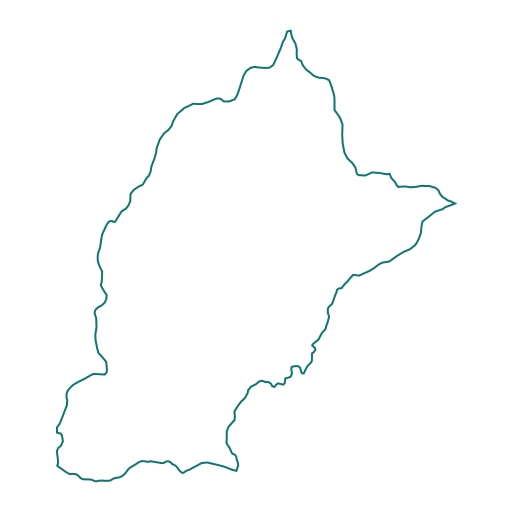 Udzorong, Tashigang, Bhutan (Equal Earth projection)
{"feature_id": "84629894B96484165118210", "entity_name": "Udzorong", "entity_type": "district", "adm_level": 2, "iso_a3": "BTN", "parent_name": "Bhutan", "parent_adm1": "Tashigang", "projection": "equal_earth", "projection_center": [91.44, 27.228], "detail": "fine", "context": "isolated", "style": "outline", "palette": "teal", "viewbox_px": 512, "rotation_deg": 0, "n_neighbors": 0, "source": "geoboundaries", "source_scale": "gbopen_adm2", "svg_char_len": 5081}
<svg xmlns="http://www.w3.org/2000/svg" viewBox="0 0 512 512"><path d="M101.7,281.9L100.8,285.2L102.5,288.4L104.8,292.4L106.7,295.0L106.3,299.0L104.6,302.8L101.7,305.4L98.4,307.1L96.1,309.1L95.0,310.7L94.6,313.3L96.2,318.3L96.5,327.2L95.3,335.0L95.6,340.3L97.2,348.6L98.5,353.0L101.5,356.2L106.1,361.7L106.9,368.8L106.7,372.2L104.7,374.6L98.0,374.1L93.3,374.0L90.3,375.5L84.9,378.6L77.9,382.1L73.1,384.9L71.0,386.9L67.6,390.7L66.5,394.3L66.6,397.9L67.2,400.1L66.9,405.2L64.9,410.4L63.1,415.2L59.7,423.8L57.0,427.4L57.0,429.6L57.0,432.6L60.7,433.6L62.0,435.4L62.9,441.3L61.0,445.7L58.1,448.1L57.0,451.0L57.3,455.2L57.9,459.5L58.0,463.6L57.2,465.7L58.9,467.1L62.2,469.3L63.8,470.5L65.9,472.0L67.7,473.1L69.3,473.9L71.1,474.1L72.8,473.9L74.0,473.9L75.2,474.1L76.4,474.4L78.1,475.5L78.8,476.2L79.6,477.0L80.4,478.0L82.3,479.0L83.6,479.3L85.4,479.4L89.1,479.4L91.8,479.8L92.7,480.1L94.1,480.9L95.1,481.2L96.5,481.3L98.0,481.0L98.9,480.7L100.0,480.7L101.7,480.6L102.6,480.6L103.6,480.7L104.7,480.8L105.6,480.8L106.7,480.8L108.9,480.8L110.8,480.3L112.9,478.9L114.5,478.2L117.0,477.7L118.2,477.6L119.7,477.3L120.9,476.7L122.0,476.2L124.1,474.5L125.5,473.0L126.9,471.2L127.6,470.1L128.4,469.1L129.2,468.3L131.0,467.1L135.2,464.6L137.3,463.2L139.5,461.9L140.7,461.4L141.9,461.1L142.9,461.2L143.9,461.2L145.2,461.3L146.3,461.6L147.4,461.8L149.1,461.7L150.6,461.1L151.6,461.5L153.5,461.7L154.8,462.0L156.0,462.1L157.0,462.3L157.9,462.5L159.7,462.7L160.6,463.0L162.6,463.1L163.7,463.0L164.9,462.1L166.2,461.5L167.7,461.3L168.7,461.4L170.1,462.0L171.2,462.9L172.0,463.9L173.8,464.7L175.2,465.5L176.4,466.5L177.4,467.8L178.2,468.9L179.0,470.0L180.2,471.3L182.4,473.0L184.1,472.4L186.0,471.0L189.7,469.5L195.4,466.4L201.8,463.0L207.2,462.5L215.0,464.3L224.1,466.6L231.9,469.7L236.4,470.9L237.3,468.1L238.2,465.4L237.8,462.2L236.7,459.6L236.3,456.8L235.0,454.8L232.3,453.7L231.0,451.1L229.5,447.6L227.7,445.2L226.4,442.8L226.7,440.2L226.8,431.3L228.6,426.7L230.9,424.1L233.1,421.5L234.5,420.3L234.9,416.5L234.4,411.5L236.3,408.3L238.9,404.5L241.9,400.7L243.0,400.0L245.4,397.3L247.6,393.1L248.2,390.1L251.0,386.7L256.1,384.1L259.0,381.5L262.0,380.8L264.4,381.6L266.2,382.2L268.1,381.9L270.1,383.1L271.3,384.1L272.1,386.1L274.4,387.0L275.5,385.6L277.0,384.0L278.3,383.4L280.0,383.8L283.2,384.7L284.8,383.0L285.1,380.1L285.3,378.5L288.0,377.7L290.5,376.9L291.9,373.9L291.6,371.1L291.3,368.7L291.6,367.1L293.1,366.5L294.0,366.3L296.8,366.1L298.8,366.5L300.3,368.1L301.1,371.5L302.1,373.4L303.8,373.4L305.0,370.8L307.2,366.4L309.2,364.4L311.3,362.2L311.9,360.4L312.0,358.2L312.0,357.0L312.0,355.2L312.0,353.4L313.9,352.0L315.4,349.8L315.1,348.1L312.2,345.5L313.3,343.7L315.5,342.0L318.5,339.6L319.3,337.9L321.8,333.2L325.0,329.5L325.7,328.6L326.4,325.2L327.1,323.9L327.8,321.6L328.5,319.0L329.1,316.5L328.6,315.2L328.0,313.4L327.8,311.4L327.9,308.6L328.8,306.8L330.6,305.3L332.2,303.7L332.9,301.8L334.1,298.3L335.3,294.9L336.4,292.5L337.0,289.8L338.8,288.5L341.6,288.1L345.2,283.5L347.1,281.9L349.6,278.8L353.1,274.8L354.8,275.0L359.1,275.6L364.3,273.2L369.2,271.1L373.7,268.3L378.6,264.6L382.0,262.7L389.3,261.5L396.9,256.0L403.6,251.9L410.0,249.2L415.4,244.9L418.5,239.6L420.9,233.0L421.4,227.1L422.5,221.5L429.6,216.0L435.0,211.7L443.0,209.0L445.1,207.2L450.1,205.5L455.0,203.5L449.7,200.9L447.9,200.6L445.7,198.9L443.0,197.3L440.6,194.8L439.1,192.1L438.6,190.5L437.2,189.2L434.7,187.4L433.1,187.3L430.9,186.4L428.4,185.9L426.0,186.1L422.6,185.8L421.6,185.8L419.9,186.1L415.4,187.0L414.1,187.0L410.6,187.3L405.6,186.5L399.4,186.7L398.5,187.1L396.7,185.3L395.1,182.1L391.3,178.0L389.6,173.7L387.5,174.3L384.5,173.9L380.4,173.1L372.2,172.4L365.3,175.5L358.4,175.1L356.8,173.6L356.0,169.9L355.4,167.6L352.4,163.1L347.4,158.3L344.5,152.8L342.8,144.1L342.6,141.9L342.2,135.1L342.5,124.5L340.5,119.0L338.9,116.0L334.6,110.2L334.5,108.8L334.5,103.6L334.5,100.4L334.4,97.2L334.2,96.0L333.4,92.6L331.1,85.2L329.1,80.2L326.0,78.7L323.5,78.0L320.9,77.8L319.4,77.8L318.3,77.6L317.5,77.3L315.1,76.3L313.9,75.7L313.0,75.2L310.1,72.5L307.7,70.8L305.9,69.3L303.4,66.1L302.2,64.0L301.2,61.1L299.2,60.0L298.0,59.3L296.9,58.0L296.7,53.7L296.8,49.7L296.5,48.0L296.0,46.0L295.5,43.7L293.3,39.9L292.4,38.0L291.8,36.4L291.1,33.4L290.7,30.7L287.1,31.6L286.3,34.3L285.1,38.1L282.7,42.4L281.2,47.0L277.1,56.7L273.2,65.1L269.1,67.8L264.1,67.9L258.9,67.5L254.4,66.9L250.4,67.9L246.2,71.1L243.6,75.5L241.8,81.2L239.6,88.2L237.6,94.2L234.9,99.1L229.1,101.5L223.8,101.4L220.5,98.8L217.3,98.4L214.4,99.4L207.8,102.2L202.0,104.0L198.3,104.1L193.2,103.7L189.2,105.8L184.6,107.8L177.3,114.0L173.2,121.2L171.4,126.3L168.2,130.1L164.1,133.3L159.8,139.4L156.6,148.2L156.3,151.9L154.8,157.3L153.4,161.3L151.6,165.9L151.1,168.3L150.5,172.1L148.6,176.1L146.6,178.0L144.5,181.6L142.7,184.7L138.6,186.6L133.5,190.1L130.5,194.1L130.3,201.0L128.6,205.2L126.3,208.3L121.6,211.3L119.1,215.3L116.9,218.9L115.4,221.3L114.7,222.1L113.7,221.9L112.0,221.0L109.2,221.4L106.6,224.7L102.0,234.9L100.0,247.8L98.1,253.1L97.7,256.2L97.7,259.6L98.2,262.7L100.4,268.1L102.2,271.5L102.0,276.3L101.7,281.9Z" fill="none" stroke="#0f766e" stroke-width="2"/></svg>